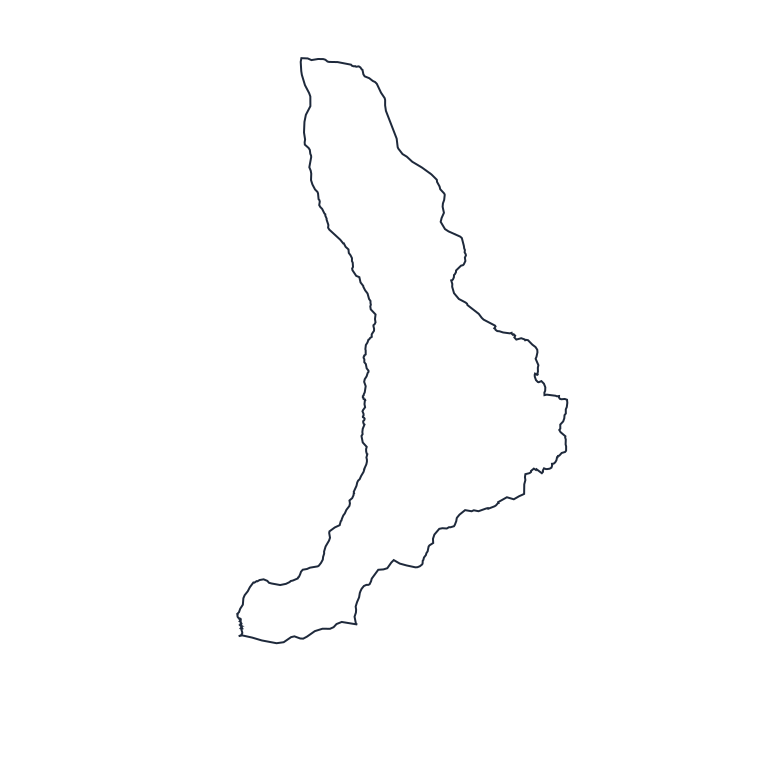 outline of Marga, Caras-Severin, Romania, rotated 201°
{"feature_id": "2599482B48275868518919", "entity_name": "Marga", "entity_type": "district", "adm_level": 2, "iso_a3": "ROU", "parent_name": "Romania", "parent_adm1": "Caras-Severin", "projection": "orthographic", "projection_center": [22.506, 45.504], "detail": "fine", "context": "isolated", "style": "outline", "palette": "slate", "viewbox_px": 768, "rotation_deg": 201, "n_neighbors": 0, "source": "geoboundaries", "source_scale": "gbopen_adm2", "svg_char_len": 6163}
<svg xmlns="http://www.w3.org/2000/svg" viewBox="0 0 768 768"><g transform="rotate(201 384 384)"><path d="M577.9,658.6L577.2,654.9L573.4,646.5L571.5,643.2L564.9,634.7L558.1,628.7L555.8,626.0L552.3,617.0L553.4,607.3L552.2,600.2L548.8,590.1L545.3,584.0L544.7,581.2L543.7,579.1L538.9,577.3L537.1,575.9L535.3,572.5L534.0,571.2L533.3,569.8L531.4,559.6L528.8,556.8L527.3,554.3L525.2,548.2L522.3,544.6L518.1,540.9L515.0,539.5L513.9,538.3L511.3,533.1L510.2,532.5L509.3,531.2L508.6,527.8L506.9,526.4L504.5,525.3L500.7,521.8L499.6,521.4L499.1,520.1L496.8,517.8L496.6,517.0L492.9,512.5L492.2,509.9L490.4,508.5L476.5,503.0L472.4,500.6L471.9,500.9L469.0,498.3L465.4,496.9L463.8,493.7L461.4,492.2L459.0,490.0L458.0,487.3L456.7,486.1L454.9,482.2L455.1,480.3L454.2,478.9L448.7,475.0L445.3,474.9L442.3,470.4L438.5,468.1L438.2,467.4L435.2,464.7L431.8,462.6L428.4,458.0L426.4,456.7L425.6,454.7L424.7,453.3L424.6,451.5L423.1,448.9L416.8,445.9L415.7,441.4L414.0,438.5L414.2,436.5L414.9,435.2L414.7,434.4L413.0,431.9L412.4,430.1L413.2,426.5L413.2,425.6L412.3,423.6L413.4,422.1L413.8,420.4L414.4,419.8L414.3,416.8L414.9,413.9L413.9,409.9L413.1,408.7L411.7,405.0L412.7,403.5L412.4,402.9L412.7,401.8L412.4,401.1L411.2,400.0L410.2,397.3L408.1,396.1L405.8,392.4L403.3,390.9L402.8,389.8L403.2,388.6L403.0,384.9L403.7,381.6L403.3,378.9L400.3,375.4L399.0,369.3L399.2,367.0L398.9,366.1L399.4,365.1L398.9,363.8L398.2,363.7L397.7,362.7L396.1,362.7L395.6,362.0L395.9,361.5L395.0,358.2L393.3,355.5L394.2,352.3L394.3,350.8L392.4,348.8L391.8,347.3L392.1,346.2L391.8,345.5L390.3,345.2L389.6,344.6L389.5,343.2L390.1,341.9L389.8,341.0L388.8,339.6L387.7,339.2L387.8,334.6L387.0,331.4L386.0,329.5L386.4,327.4L382.9,321.8L377.6,319.1L377.4,316.8L376.4,314.5L375.0,312.6L374.4,312.5L374.1,309.1L372.8,307.2L372.1,305.3L371.7,302.6L372.0,297.6L371.8,297.6L371.6,294.6L372.4,289.9L372.6,286.4L373.5,284.6L373.7,282.5L373.2,279.1L373.6,272.4L372.7,271.2L373.0,270.7L372.6,269.3L372.8,266.0L374.5,262.9L373.0,260.3L372.6,257.8L374.0,253.0L374.2,249.1L374.9,246.7L375.0,242.9L374.8,241.2L375.2,240.5L374.8,236.3L378.5,232.5L382.1,226.9L381.8,225.3L379.3,221.1L379.2,218.1L380.3,211.4L379.9,206.1L379.1,204.2L378.9,200.8L378.2,198.1L378.7,194.4L379.7,191.1L380.5,190.0L387.3,186.0L389.6,183.7L393.3,181.5L394.2,179.0L394.1,176.3L394.3,173.4L394.9,172.6L394.8,171.6L398.6,167.9L400.5,166.6L401.1,165.3L403.9,162.3L408.9,159.1L417.4,157.5L420.1,157.2L422.4,158.4L426.4,158.5L429.9,156.4L431.5,154.4L432.3,154.3L433.8,152.1L434.8,151.9L436.4,146.2L436.9,141.7L438.4,136.9L438.5,133.6L436.7,127.4L437.7,122.7L437.6,119.0L438.6,116.7L438.0,116.4L437.8,115.1L437.1,114.1L435.9,113.4L434.4,113.4L434.6,112.6L433.7,112.0L433.2,112.4L433.0,111.7L433.6,110.7L432.2,110.3L431.7,109.0L431.2,109.1L431.1,108.0L432.0,108.3L432.1,107.4L430.9,107.2L431.4,107.0L429.9,106.2L430.1,105.3L429.5,105.7L428.6,104.9L429.5,104.1L427.3,101.3L427.0,100.4L427.4,98.2L429.3,96.5L426.3,98.5L416.3,100.0L406.2,100.8L391.4,103.5L385.1,107.0L380.0,114.4L377.2,116.3L371.0,116.4L368.2,117.3L365.4,120.5L360.0,128.5L353.7,133.5L346.7,136.1L343.9,138.9L342.3,142.9L338.2,146.7L322.8,149.9L324.2,150.0L328.1,156.2L328.3,160.5L329.1,163.2L330.7,166.1L331.0,170.7L330.8,175.9L331.7,180.3L331.7,182.3L331.5,184.8L330.4,188.2L328.4,190.2L326.6,190.9L325.7,191.9L325.4,195.2L325.7,197.9L322.8,208.5L318.1,210.7L314.9,213.2L313.2,219.9L311.8,223.1L304.9,222.0L297.9,222.7L289.0,224.1L287.2,224.9L285.2,226.7L283.7,229.3L283.7,230.4L284.5,232.9L284.2,233.8L284.5,236.3L283.6,239.3L283.8,241.3L283.3,243.4L284.1,248.3L283.7,249.7L281.1,253.2L282.8,257.0L283.0,261.5L280.5,268.6L277.8,270.3L273.6,271.6L272.0,273.6L270.7,274.0L267.7,276.3L267.4,278.0L267.4,281.9L268.0,284.8L267.9,285.5L266.7,289.1L263.1,295.3L256.6,296.6L254.9,298.3L250.2,299.1L244.0,304.4L242.5,305.4L242.0,304.9L236.9,309.5L235.9,310.9L234.9,313.7L234.5,313.9L235.1,314.6L228.7,322.3L221.5,322.9L217.6,327.7L215.1,330.2L213.8,331.6L217.1,340.6L217.6,345.0L219.0,347.5L219.7,350.5L216.5,352.7L215.8,353.5L215.2,354.6L215.6,355.5L213.8,358.7L211.3,358.2L211.1,359.1L204.7,357.3L204.1,359.0L204.7,360.2L204.4,362.6L202.4,362.6L201.1,363.1L199.0,364.3L197.7,365.9L197.8,368.0L198.6,369.7L197.1,370.4L196.1,372.2L195.7,374.6L196.2,377.6L195.7,377.8L195.8,379.2L194.7,379.9L193.4,383.3L190.6,385.4L190.1,387.0L191.6,391.0L192.8,392.7L194.4,397.3L195.7,399.0L195.9,400.2L201.9,402.3L203.9,403.9L203.4,405.5L204.9,409.3L203.3,413.3L203.4,416.6L204.3,419.6L203.7,421.6L205.2,425.5L205.1,428.0L206.1,432.1L207.5,434.9L209.9,434.8L213.0,433.3L214.5,433.2L215.9,434.2L216.3,435.5L218.1,434.5L219.7,434.5L228.2,432.4L230.2,431.1L231.2,433.5L231.1,435.4L232.2,438.7L234.8,441.6L238.1,443.1L240.2,441.1L241.1,441.0L243.5,442.1L245.8,444.8L246.6,446.5L246.7,447.8L244.3,447.4L243.9,448.0L244.6,449.1L244.7,450.7L246.2,454.3L246.6,456.9L251.5,461.9L251.4,464.0L252.1,468.6L253.2,470.9L255.8,472.8L259.6,473.9L265.3,476.5L267.3,476.1L267.9,475.4L268.8,476.0L272.3,475.9L276.4,472.9L279.0,474.2L278.8,476.1L280.7,476.9L281.2,476.1L282.7,476.7L283.2,477.5L284.6,476.4L291.3,474.8L295.1,474.6L297.2,474.0L299.2,474.5L299.8,475.2L301.0,475.5L300.5,477.7L301.3,478.3L314.1,479.8L316.5,480.8L320.6,483.4L334.4,487.6L335.2,488.7L337.0,489.3L344.6,490.2L351.2,493.9L355.2,499.2L356.1,501.9L358.4,504.8L357.5,505.4L357.1,506.4L357.0,508.7L357.7,510.8L357.2,511.9L356.9,514.2L357.4,515.8L354.5,522.1L352.9,523.2L352.4,524.2L352.1,528.0L353.8,531.0L353.6,533.4L354.3,534.5L355.9,535.8L356.5,538.1L357.7,539.3L358.9,541.5L363.6,548.1L365.6,548.9L378.5,549.6L382.6,550.5L389.2,555.7L389.7,559.6L389.4,565.3L392.8,570.5L393.7,573.7L393.8,577.4L395.1,582.4L396.0,583.4L401.3,586.0L402.9,588.3L406.9,591.7L407.9,593.6L414.9,596.7L426.2,599.7L437.2,601.6L444.2,604.4L449.1,605.3L455.0,608.9L456.1,610.0L460.1,617.6L480.1,639.7L482.8,644.5L484.7,649.5L485.8,651.1L491.2,654.9L498.3,661.7L500.5,662.7L503.1,662.9L507.3,664.2L512.3,664.3L514.2,665.7L516.7,669.6L517.5,669.7L519.5,671.1L521.4,671.5L523.7,670.2L524.9,670.4L525.8,669.8L527.8,669.6L529.2,670.3L542.7,667.9L550.7,665.0L552.3,664.8L554.9,665.7L557.0,665.6L562.0,663.8L567.8,660.4L571.9,660.6L577.9,658.6Z" fill="none" stroke="#1e293b" stroke-width="2"/></g></svg>